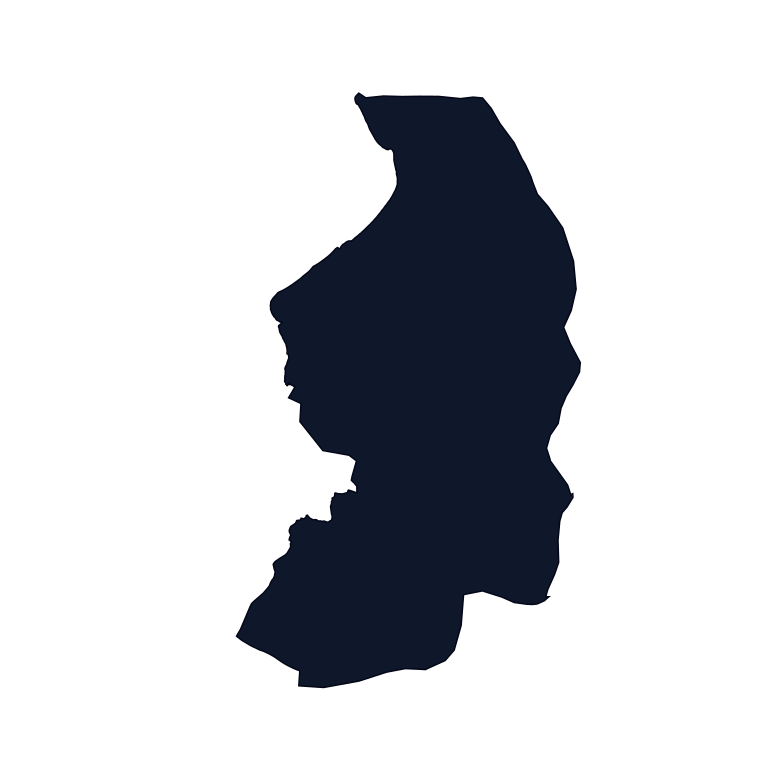 Penajam Paser Utara, Kalimantan Timur, Indonesia (Mercator projection), rotated 162°
{"feature_id": "22746128B96540112180119", "entity_name": "Penajam Paser Utara", "entity_type": "district", "adm_level": 2, "iso_a3": "IDN", "parent_name": "Indonesia", "parent_adm1": "Kalimantan Timur", "projection": "mercator", "projection_center": [116.659, -1.202], "detail": "fine", "context": "isolated", "style": "filled", "palette": "ink", "viewbox_px": 768, "rotation_deg": 162, "n_neighbors": 0, "source": "geoboundaries", "source_scale": "gbopen_adm2", "svg_char_len": 6110}
<svg xmlns="http://www.w3.org/2000/svg" viewBox="0 0 768 768"><g transform="rotate(162 384 384)"><path d="M519.2,274.4L519.7,272.6L519.7,271.8L519.7,271.6L519.4,271.1L519.4,269.3L519.8,268.5L520.3,267.9L520.9,267.5L521.6,266.5L522.4,264.9L521.6,263.9L521.0,262.5L521.2,262.0L522.3,261.1L523.2,257.7L528.1,253.3L530.4,252.0L537.4,250.3L542.3,248.8L543.8,247.9L545.1,246.7L545.4,243.8L545.4,243.1L545.6,242.6L545.5,239.7L545.6,238.7L546.6,237.1L547.6,235.1L548.8,233.8L549.4,233.2L550.7,232.4L552.2,231.1L553.8,229.5L554.7,228.2L555.9,227.0L563.4,222.4L574.7,217.6L577.9,216.0L580.1,213.7L596.4,194.9L599.5,192.2L602.2,189.7L598.6,184.4L597.5,183.1L593.7,178.8L592.0,176.8L589.8,174.6L584.4,169.5L581.2,167.1L577.4,163.6L572.8,158.7L567.5,151.7L565.3,149.0L562.7,146.2L560.7,144.2L559.5,143.1L558.2,141.8L555.2,139.2L552.7,137.3L558.3,123.3L535.1,114.0L499.4,109.2L470.8,109.2L451.8,106.8L442.7,103.4L442.7,103.5L442.6,103.4L432.8,99.6L430.0,100.0L411.3,102.1L399.5,109.2L385.2,130.6L373.4,159.1L354.3,156.8L337.7,144.9L327.6,135.9L316.6,130.6L312.0,128.8L309.9,128.2L306.4,127.5L304.1,127.7L298.5,128.3L297.3,128.8L295.7,129.6L292.9,130.7L295.9,131.7L291.7,138.0L280.5,150.4L273.0,160.4L266.8,181.6L259.3,199.1L254.3,206.6L248.1,210.3L239.3,217.8L238.4,221.4L240.6,221.0L240.6,231.1L249.6,259.6L249.4,260.8L249.3,264.2L249.3,272.7L241.8,283.9L230.6,292.6L223.1,306.3L214.4,316.3L204.4,325.0L194.4,335.0L190.7,343.7L194.4,364.9L195.7,382.4L183.2,396.1L172.0,414.8L165.8,442.3L165.8,477.2L173.2,502.1L179.5,517.1L180.2,529.5L180.2,535.8L181.8,549.3L183.2,555.3L185.7,573.2L193.2,595.7L196.9,613.1L201.9,625.6L210.6,629.3L223.1,631.8L243.1,640.6L261.8,646.8L278.0,651.8L295.4,658.0L312.9,661.8L318.1,668.4L320.1,667.4L322.1,666.3L322.6,665.8L323.2,665.0L323.6,663.6L323.8,662.7L323.8,659.9L323.2,658.5L322.5,657.8L322.1,657.5L321.9,657.0L321.8,655.0L321.6,654.7L321.1,652.5L321.1,652.0L320.9,650.9L320.9,650.3L320.7,649.4L320.5,648.7L320.5,647.0L320.1,645.0L320.0,643.4L320.0,641.8L319.8,639.3L319.2,637.2L319.1,636.4L318.9,630.9L316.5,618.9L315.4,615.6L314.7,614.1L312.8,611.1L312.0,609.3L311.1,608.6L309.2,606.4L308.6,606.0L307.8,605.7L307.1,605.6L306.4,605.7L306.1,606.0L304.7,605.4L304.1,604.8L303.7,603.7L303.4,602.3L303.3,601.0L303.5,600.1L303.7,598.9L304.6,596.1L305.1,594.8L305.5,593.0L306.1,587.8L306.1,587.2L306.5,583.9L306.5,582.7L306.2,582.1L306.2,581.9L306.3,581.6L306.8,581.2L307.1,580.7L307.4,578.7L307.4,577.7L307.6,575.8L308.1,574.2L308.7,572.7L309.1,571.3L309.8,569.4L311.0,567.9L311.0,567.4L311.4,567.2L312.0,566.5L313.6,564.5L313.8,564.4L314.1,564.1L314.3,564.0L315.0,563.2L319.4,559.0L320.2,558.5L321.0,557.6L324.7,555.1L326.2,553.8L326.8,553.4L327.3,553.3L328.6,552.3L330.3,551.0L331.3,550.3L332.6,549.7L333.0,549.3L333.0,549.2L334.5,548.1L335.1,547.8L338.1,545.9L338.7,545.4L342.9,543.0L343.5,542.5L345.9,541.3L348.1,540.0L348.8,539.8L349.8,539.3L354.5,536.9L358.1,535.3L358.9,534.8L361.3,534.0L362.1,533.5L363.6,532.9L364.7,532.6L364.9,532.4L366.3,532.0L366.7,531.7L367.5,531.5L368.0,531.1L370.4,530.2L371.0,530.3L371.4,530.1L372.0,530.1L372.1,530.5L372.4,530.7L373.6,530.9L374.8,530.9L375.6,530.8L378.6,529.7L380.2,529.4L380.6,529.2L380.8,528.9L380.9,528.7L381.7,528.4L382.4,527.9L383.2,527.3L383.7,526.6L384.2,526.4L384.7,526.4L385.0,526.5L385.2,527.0L385.9,528.1L386.1,528.2L386.6,528.1L387.6,527.7L388.4,527.5L389.3,527.0L389.6,526.7L395.1,523.8L398.2,522.5L403.0,520.8L403.2,520.7L403.3,520.4L404.1,520.5L405.7,519.9L408.6,519.0L411.9,518.2L415.0,517.6L415.7,517.2L418.9,515.1L421.4,513.9L424.2,512.8L427.3,511.7L430.3,510.3L432.0,509.7L436.0,508.4L440.3,507.0L445.3,505.6L450.8,504.4L455.2,503.9L457.1,503.4L458.9,502.2L460.0,501.7L460.7,501.2L462.4,500.3L464.7,498.6L466.2,497.2L467.4,494.5L467.9,493.7L468.1,492.2L468.2,491.7L468.5,491.1L468.8,489.9L468.7,486.2L468.5,484.7L467.9,482.2L467.7,481.7L467.3,481.3L466.4,478.1L464.5,476.3L464.2,475.8L463.8,475.2L462.8,474.6L462.2,474.5L462.1,474.1L462.6,473.6L463.3,473.2L464.4,472.7L465.9,472.2L466.2,471.9L466.5,471.4L466.6,470.9L466.6,470.3L466.4,469.9L466.7,468.9L466.8,467.4L467.0,466.5L467.0,464.9L466.7,463.6L466.5,462.3L466.2,461.6L466.1,461.2L466.1,459.7L466.0,458.0L465.6,456.9L465.6,455.5L465.3,454.3L465.1,453.6L464.9,452.3L464.9,451.6L465.1,451.0L465.2,450.5L465.0,449.6L465.1,449.3L465.3,448.7L465.2,448.2L465.3,447.7L465.6,446.7L466.0,444.8L466.6,443.7L466.9,442.5L466.8,442.4L466.6,442.4L466.3,442.6L466.1,442.6L465.8,442.4L465.8,441.8L466.1,440.2L466.3,439.0L466.6,437.6L466.9,437.3L467.4,437.1L467.6,436.8L469.5,434.3L470.5,432.5L471.5,431.8L473.2,429.8L473.5,429.1L473.7,428.5L473.7,427.6L473.9,426.4L474.5,425.2L474.5,424.5L474.7,424.0L474.9,423.9L474.9,423.5L475.0,423.3L475.5,422.9L476.1,421.4L477.2,418.2L477.5,417.8L477.7,416.9L477.6,416.3L477.2,415.5L477.2,414.8L477.3,414.3L477.4,414.0L476.9,413.6L476.9,412.7L476.5,412.2L476.4,411.7L476.4,411.8L476.4,412.3L476.7,412.7L476.8,412.9L476.7,413.4L476.4,413.4L475.8,413.7L475.4,413.6L475.0,413.4L475.0,413.0L474.8,412.9L473.8,413.9L473.7,413.9L473.7,413.7L474.1,413.3L473.8,413.2L474.1,413.0L474.1,412.7L473.5,412.7L473.3,412.6L470.4,409.8L470.3,409.6L470.4,409.4L469.7,408.6L479.0,400.4L469.4,391.5L469.3,390.3L475.6,374.2L464.7,345.0L462.7,339.6L454.5,335.2L439.3,327.1L433.9,319.4L442.5,306.6L443.0,305.8L444.8,302.6L443.9,300.7L442.7,298.7L442.2,296.9L441.4,295.3L443.4,288.8L448.3,292.6L450.4,294.0L450.6,293.9L451.1,293.8L451.5,293.3L452.2,292.0L457.5,292.3L458.8,292.8L459.2,292.9L461.8,294.0L462.8,294.6L463.3,295.1L463.9,295.4L464.5,295.3L464.9,294.5L465.0,293.9L466.1,292.0L468.6,291.5L468.9,290.5L469.0,289.6L469.6,289.0L470.4,288.3L470.9,286.4L471.4,285.9L471.5,285.6L472.1,284.9L472.5,284.4L472.8,283.6L473.9,277.5L474.1,276.1L474.1,274.1L475.4,271.5L475.6,271.2L476.2,270.7L477.6,270.5L479.7,269.8L480.5,270.0L480.8,270.3L481.3,270.6L482.9,271.8L483.6,272.3L484.8,272.4L485.4,272.2L486.4,273.3L489.1,274.1L489.9,275.5L490.9,276.1L493.4,276.8L496.1,279.5L497.4,282.9L498.5,282.9L499.6,281.3L502.0,280.5L503.5,281.6L504.4,281.9L505.4,280.5L509.2,281.1L511.1,278.9L516.7,277.3L519.2,274.4Z" fill="#0f172a" stroke="#020617" stroke-width="1.5"/></g></svg>